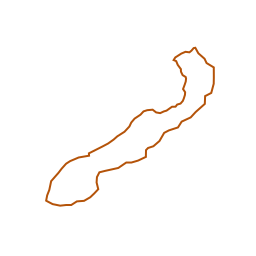 Doros, Limassol, Cyprus (Robinson projection), rotated 72°
{"feature_id": "46923920B97267349783523", "entity_name": "Doros", "entity_type": "district", "adm_level": 2, "iso_a3": "CYP", "parent_name": "Cyprus", "parent_adm1": "Limassol", "projection": "robinson", "projection_center": [32.922, 34.794], "detail": "fine", "context": "isolated", "style": "outline", "palette": "amber", "viewbox_px": 256, "rotation_deg": 72, "n_neighbors": 0, "source": "geoboundaries", "source_scale": "gbopen_adm2", "svg_char_len": 1246}
<svg xmlns="http://www.w3.org/2000/svg" viewBox="0 0 256 256"><g transform="rotate(72 128 128)"><path d="M72.5,39.2L72.3,40.9L74.1,43.8L75.0,46.2L73.3,49.8L73.7,54.3L75.5,61.2L76.3,62.2L77.5,63.6L79.3,61.5L83.3,61.2L88.4,59.5L89.9,60.0L90.9,60.2L94.6,59.7L97.3,57.4L98.9,57.5L101.6,58.7L104.3,60.7L108.0,63.6L111.6,62.6L114.1,63.6L117.3,65.9L119.2,67.5L121.0,70.5L120.9,74.0L122.4,76.2L121.4,79.6L123.4,86.0L123.3,88.7L123.8,92.8L121.9,96.4L118.2,98.9L117.0,104.2L117.0,108.1L119.2,112.0L121.1,118.8L123.8,123.2L127.0,126.2L130.5,132.5L132.6,140.7L134.6,145.3L136.6,151.7L137.7,158.0L140.0,173.0L142.3,173.6L140.8,184.0L141.6,193.2L142.8,197.8L143.4,198.9L146.2,203.7L149.1,207.9L154.8,217.5L162.6,222.0L167.1,225.7L171.8,228.3L172.6,227.6L177.1,223.2L180.9,216.5L182.1,210.7L183.7,205.8L182.0,199.3L183.7,192.3L182.2,185.3L179.8,180.3L177.0,175.2L170.1,174.7L165.1,172.7L161.3,168.9L161.7,163.1L163.0,149.6L160.3,140.3L161.9,135.4L162.1,128.5L161.0,119.9L160.3,119.7L154.6,117.7L153.2,115.1L153.2,109.5L150.1,102.1L143.8,95.1L142.9,89.8L142.9,80.3L138.5,75.0L137.3,65.1L133.7,58.7L128.8,47.5L121.5,44.8L120.4,38.0L112.4,32.8L106.3,30.7L96.9,27.7L90.5,33.2L85.8,33.8L78.7,38.0L72.5,39.2Z" fill="none" stroke="#b45309" stroke-width="2"/></g></svg>